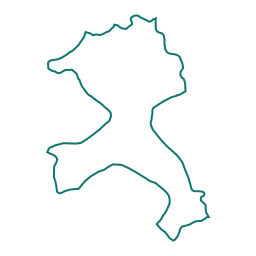 San Marcos, San Marcos, Guatemala
{"feature_id": "79465075B32898701467657", "entity_name": "San Marcos", "entity_type": "district", "adm_level": 2, "iso_a3": "GTM", "parent_name": "Guatemala", "parent_adm1": "San Marcos", "projection": "mercator", "projection_center": [-91.831, 14.993], "detail": "fine", "context": "isolated", "style": "outline", "palette": "teal", "viewbox_px": 256, "rotation_deg": 0, "n_neighbors": 0, "source": "geoboundaries", "source_scale": "gbopen_adm2", "svg_char_len": 3178}
<svg xmlns="http://www.w3.org/2000/svg" viewBox="0 0 256 256"><path d="M155.8,18.4L154.7,19.0L153.9,19.1L153.0,19.3L152.5,19.9L151.8,20.8L150.8,21.4L148.8,21.6L147.3,20.6L140.7,17.5L138.5,16.0L136.6,15.4L133.8,15.9L131.0,17.7L130.8,20.3L131.8,21.6L131.8,24.7L130.2,25.5L126.6,28.5L125.1,29.0L121.0,28.0L117.5,25.3L114.4,24.7L113.8,26.6L112.2,28.1L108.6,31.6L106.7,31.9L103.7,33.7L100.3,35.0L95.8,34.5L92.7,35.2L90.5,33.5L85.5,32.1L83.9,37.5L83.0,38.5L78.3,45.4L75.5,47.9L74.4,49.3L70.6,52.0L69.9,52.0L66.8,54.6L61.0,58.1L60.1,58.1L58.8,59.1L50.8,60.4L48.7,61.7L48.0,62.8L48.2,65.9L48.3,68.3L48.7,68.8L50.1,69.6L52.1,70.9L54.7,71.4L57.8,73.1L60.5,72.9L61.9,71.9L63.0,71.3L65.2,70.0L72.0,69.8L76.7,73.7L78.2,78.5L79.4,79.8L80.4,82.7L81.9,86.2L82.6,87.1L87.3,93.6L89.9,95.8L90.9,96.0L94.5,99.2L95.1,99.1L95.6,99.8L98.5,101.8L102.1,104.5L104.3,106.7L106.6,108.6L109.0,110.8L110.6,112.6L111.0,116.3L110.6,117.1L109.6,120.3L108.1,122.0L106.0,123.4L99.4,129.7L88.8,137.8L84.3,140.9L80.9,142.9L76.3,143.6L63.5,143.2L59.4,144.3L55.8,145.1L53.3,146.3L50.3,147.4L48.7,149.0L47.3,152.2L50.1,153.6L53.1,154.8L55.2,156.2L56.5,157.6L57.2,159.4L56.5,162.1L54.2,166.3L53.9,177.3L55.2,180.7L56.3,186.0L56.9,191.5L57.9,192.4L59.4,193.2L60.6,193.2L62.1,192.5L64.3,191.4L67.2,190.4L70.4,189.5L73.3,189.2L75.6,189.0L78.2,189.0L79.8,187.6L81.2,185.7L82.9,183.5L85.8,180.5L90.5,176.5L98.7,171.6L103.9,169.9L106.4,168.2L109.6,166.1L113.0,164.4L121.6,164.9L123.7,165.9L128.6,168.1L134.3,171.3L136.2,172.4L137.9,173.5L139.3,174.3L141.7,175.8L146.6,178.8L148.7,180.4L151.2,181.5L155.3,182.9L161.3,187.7L164.6,190.6L166.7,192.7L168.9,195.9L169.7,199.6L169.6,203.4L167.3,208.8L164.9,213.3L163.3,215.1L162.1,217.3L160.8,219.6L159.6,221.1L156.7,224.1L160.9,229.0L165.5,232.5L169.8,238.3L173.3,240.6L175.3,239.4L176.6,237.6L178.0,235.7L178.6,233.9L179.4,231.8L180.2,229.2L181.0,227.8L182.1,226.5L186.6,225.5L190.2,224.3L191.7,223.3L195.4,221.4L198.4,221.0L200.9,221.0L202.2,220.5L203.5,219.6L205.0,218.7L206.5,217.3L208.7,217.1L207.6,214.8L206.7,213.5L205.8,211.3L205.7,206.7L205.6,205.4L205.2,204.6L204.0,203.2L202.6,202.1L201.0,200.6L200.8,199.7L200.9,198.5L201.0,197.7L201.3,197.1L202.0,196.6L202.9,196.3L203.6,195.9L204.0,195.0L204.4,193.6L204.1,192.8L203.5,192.2L201.3,191.5L197.4,191.1L195.0,191.3L193.6,190.9L192.6,190.4L191.6,189.2L188.4,177.7L185.4,170.4L183.5,165.4L183.1,164.0L182.1,162.0L180.1,159.2L177.9,156.4L177.1,155.4L176.0,154.4L173.7,152.3L171.5,150.2L169.2,148.4L167.1,146.4L165.9,145.1L163.6,142.7L160.9,139.8L158.5,136.8L157.0,134.9L155.0,132.3L152.9,129.8L152.1,128.0L151.2,125.7L150.7,124.1L150.7,123.3L150.9,121.8L151.3,120.6L151.5,119.8L151.6,118.8L151.7,117.6L151.9,116.4L152.4,113.2L152.4,109.7L153.6,107.7L163.3,101.4L164.3,101.0L171.4,97.2L176.7,95.8L177.0,95.3L180.0,94.6L185.5,91.2L185.1,83.0L183.8,79.0L181.9,77.8L180.3,74.8L180.5,72.2L183.2,67.8L182.2,62.7L181.1,61.1L181.1,60.1L180.5,59.2L179.7,56.9L177.9,55.4L174.9,54.3L170.0,53.7L167.9,52.8L166.4,51.6L166.1,50.3L165.2,49.3L164.9,45.6L164.5,45.1L164.5,39.3L163.7,35.1L161.7,33.2L159.2,32.6L157.2,31.5L155.8,29.3L155.9,26.9L155.5,26.2L155.9,24.6L155.5,21.2L155.8,18.4Z" fill="none" stroke="#0f766e" stroke-width="2"/></svg>